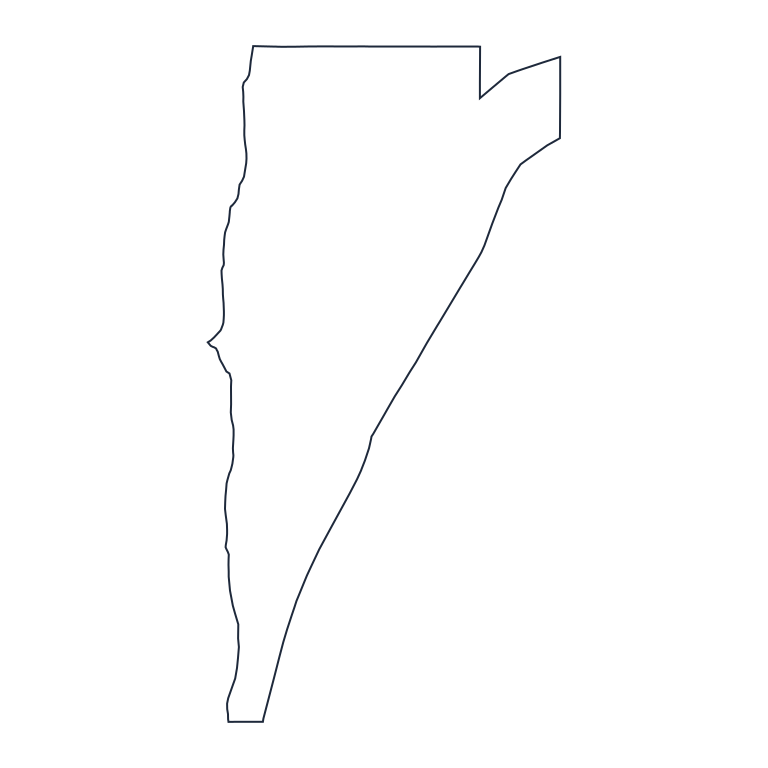 Cottesloe, Western Australia, Australia
{"feature_id": "25037944B28116798937362", "entity_name": "Cottesloe", "entity_type": "district", "adm_level": 2, "iso_a3": "AUS", "parent_name": "Australia", "parent_adm1": "Western Australia", "projection": "natural_earth1", "projection_center": [115.756, -31.999], "detail": "fine", "context": "isolated", "style": "outline", "palette": "slate", "viewbox_px": 768, "rotation_deg": 0, "n_neighbors": 0, "source": "geoboundaries", "source_scale": "gbopen_adm2", "svg_char_len": 3002}
<svg xmlns="http://www.w3.org/2000/svg" viewBox="0 0 768 768"><path d="M480.1,46.7L477.2,46.5L443.2,46.5L440.3,46.5L435.3,46.6L420.9,46.5L402.0,46.5L372.1,46.5L369.1,46.5L368.2,46.5L363.6,46.4L345.9,46.5L327.2,46.4L321.8,46.4L307.6,46.5L296.4,46.7L282.0,46.8L277.4,46.7L275.8,46.6L274.0,46.6L253.2,46.1L251.7,55.6L250.8,60.9L249.8,70.7L249.0,75.1L246.9,79.1L243.8,82.5L242.7,87.0L243.2,91.9L243.4,96.8L243.3,101.6L244.0,111.1L244.4,120.4L244.5,125.3L244.3,130.3L244.3,135.1L244.4,136.4L244.7,140.0L245.2,144.5L245.9,149.0L246.4,153.5L246.5,158.6L246.2,163.2L244.7,172.3L244.0,176.7L242.1,180.8L239.6,184.6L238.9,189.4L238.5,194.0L237.4,198.4L234.9,202.3L232.0,205.7L231.6,205.7L230.7,206.8L230.3,207.9L229.8,211.3L229.8,212.0L229.6,214.3L229.4,216.5L228.8,221.9L228.1,224.1L226.2,229.1L225.1,232.4L224.6,236.0L224.2,239.9L224.0,244.7L223.5,249.8L223.3,254.5L223.6,259.0L223.9,262.6L223.9,263.0L223.7,265.1L222.4,267.7L221.5,270.5L221.6,273.9L221.9,278.6L222.5,284.5L222.8,289.0L222.9,294.6L223.2,298.7L223.6,303.2L223.6,303.7L223.9,311.4L223.9,315.1L223.7,318.9L223.4,322.6L222.8,324.9L221.9,327.2L221.2,329.1L220.5,330.5L214.1,337.4L210.7,340.5L207.8,342.3L210.7,345.8L212.6,346.8L214.3,347.4L216.1,348.5L216.8,350.1L217.7,351.6L218.8,355.8L219.8,359.1L221.3,362.0L222.2,363.5L224.6,368.0L226.4,371.5L229.5,373.5L231.3,380.3L231.2,382.0L231.0,386.5L231.1,404.2L230.8,412.5L231.7,420.0L233.1,425.5L233.6,429.5L233.6,435.3L233.4,439.8L233.2,443.1L232.9,448.2L233.1,452.4L233.4,455.2L233.3,457.1L232.8,460.7L232.4,463.7L231.4,467.8L230.7,470.4L229.3,473.4L228.3,476.9L227.4,480.1L226.6,483.4L226.1,489.8L225.5,496.1L225.2,502.3L225.0,508.9L225.7,515.0L226.9,523.9L227.1,529.9L227.1,534.0L226.6,540.4L225.8,545.0L225.6,547.2L226.4,549.1L226.8,549.9L227.9,552.1L228.8,554.6L228.6,558.8L228.5,564.9L228.7,571.6L228.7,576.7L230.0,590.6L232.8,605.5L234.9,613.0L238.0,623.4L238.3,624.3L238.1,638.5L238.9,647.0L238.0,658.0L237.0,668.0L235.2,678.5L232.8,685.2L228.2,698.2L227.1,703.6L227.2,709.1L228.0,714.1L228.1,719.3L228.5,721.9L236.1,721.8L243.1,721.8L262.9,721.8L263.4,718.6L274.0,678.0L279.5,656.5L283.3,642.1L287.2,629.1L287.8,627.3L291.9,614.8L294.5,607.1L296.5,600.9L298.5,596.1L303.6,583.6L306.8,575.8L307.3,574.7L311.4,565.9L317.5,553.0L318.5,550.9L319.2,549.4L332.1,525.6L340.9,509.5L349.8,493.2L356.6,480.1L357.3,478.7L361.1,470.4L361.4,469.5L364.7,461.1L365.2,459.7L369.0,448.3L369.8,444.8L371.1,438.9L371.5,436.5L373.3,433.8L373.4,433.6L385.0,413.4L386.8,410.2L394.8,396.3L401.8,385.3L409.1,373.1L410.4,371.0L415.9,362.4L425.4,345.6L427.0,342.8L437.5,325.3L439.0,322.9L444.6,313.6L460.7,286.8L462.0,284.7L469.6,272.1L474.8,263.6L478.8,256.9L481.4,252.2L484.4,245.5L492.3,223.5L493.3,220.9L498.4,207.6L501.7,199.8L505.7,188.0L511.1,178.9L515.7,171.7L520.5,164.4L523.1,162.5L525.8,160.5L547.3,145.3L559.9,138.2L560.0,132.0L560.2,94.3L560.2,56.9L542.1,62.7L523.1,69.0L516.7,71.2L508.6,74.1L505.3,76.8L492.2,87.8L479.9,98.2L479.9,82.1L480.1,46.7Z" fill="none" stroke="#1e293b" stroke-width="2"/></svg>